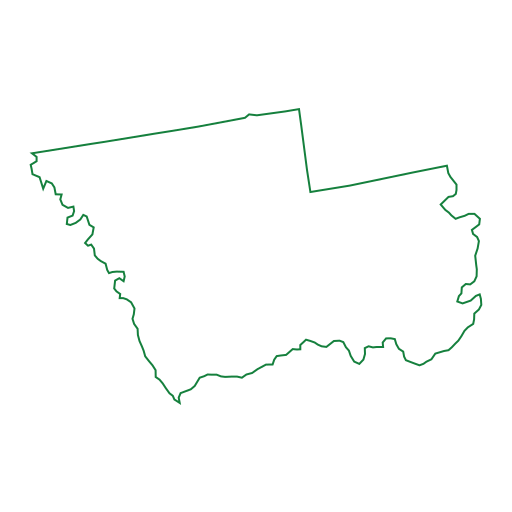 outline of Manoel Ribas, Paraná, Brazil
{"feature_id": "56859067B35408611048404", "entity_name": "Manoel Ribas", "entity_type": "district", "adm_level": 2, "iso_a3": "BRA", "parent_name": "Brazil", "parent_adm1": "Paraná", "projection": "natural_earth1", "projection_center": [-51.634, -24.495], "detail": "fine", "context": "isolated", "style": "outline", "palette": "green", "viewbox_px": 512, "rotation_deg": 0, "n_neighbors": 0, "source": "geoboundaries", "source_scale": "gbopen_adm2", "svg_char_len": 2609}
<svg xmlns="http://www.w3.org/2000/svg" viewBox="0 0 512 512"><path d="M32.0,153.3L36.6,156.9L36.6,161.2L30.7,164.8L31.6,168.8L32.5,174.2L39.6,177.2L43.2,188.7L46.4,181.0L51.8,183.4L54.4,187.4L55.7,194.3L61.6,194.5L60.3,199.4L62.5,204.8L68.0,207.9L73.4,206.6L74.1,211.1L72.6,215.6L67.5,217.6L66.8,224.0L70.3,225.0L75.7,222.9L80.3,219.5L83.3,214.9L86.7,216.5L89.4,224.8L93.7,227.4L92.4,234.4L88.0,239.3L85.1,243.0L88.0,245.7L91.2,244.6L94.0,248.6L94.8,255.4L97.6,258.7L100.8,261.1L105.6,263.7L107.2,269.9L109.0,273.1L112.4,272.0L116.7,271.6L123.6,271.8L124.7,276.5L123.6,281.2L119.3,278.2L115.1,280.6L114.2,288.5L116.5,291.4L120.2,294.0L119.7,298.1L123.1,298.1L126.7,299.3L131.1,302.3L134.5,308.5L133.8,314.3L132.5,318.8L134.1,323.9L137.6,328.8L137.9,335.0L139.5,341.0L142.0,346.6L143.6,350.6L145.2,356.3L148.8,360.9L152.5,365.3L155.6,370.2L155.7,377.0L159.5,379.6L162.7,383.4L165.7,388.0L169.5,393.3L172.8,395.8L174.4,399.5L179.7,402.9L178.7,397.6L180.6,393.1L190.8,389.3L194.7,386.0L199.7,377.7L204.2,376.2L207.6,374.5L212.2,374.7L216.7,374.7L221.0,376.4L225.2,376.9L231.6,376.6L237.1,376.6L241.9,377.7L246.4,374.5L252.1,373.0L257.6,369.1L266.0,364.6L272.6,364.5L274.2,359.7L276.7,356.1L280.7,355.5L286.1,354.9L292.7,349.1L297.0,349.5L300.3,349.3L300.3,345.0L303.4,342.2L306.0,339.7L310.2,340.9L314.7,342.5L317.8,344.6L321.6,346.3L326.4,346.9L333.9,341.0L339.6,340.7L343.3,342.1L345.9,347.2L348.9,350.6L350.7,355.9L354.2,361.6L359.3,363.9L363.4,359.6L365.0,354.0L364.8,348.1L368.6,346.3L372.9,347.4L376.6,347.0L383.1,347.0L382.7,342.5L386.1,338.4L390.7,338.3L394.8,339.1L396.3,344.2L398.9,348.8L403.2,351.6L404.1,356.6L405.9,360.2L410.3,361.9L414.8,363.6L419.5,365.3L423.5,363.8L426.4,361.7L431.4,359.3L435.3,353.6L444.0,351.0L448.5,350.2L451.8,347.3L455.4,343.5L458.3,340.7L461.3,336.3L464.5,330.8L467.9,327.3L473.2,323.9L474.1,319.4L474.3,313.6L478.9,309.5L481.3,304.9L480.9,298.9L479.7,294.4L475.9,295.9L470.7,300.6L462.6,303.4L457.3,301.5L458.9,296.1L461.4,293.4L461.8,287.4L465.8,284.0L470.2,284.4L474.3,281.3L476.6,276.3L476.8,269.3L476.2,264.9L475.2,255.7L477.6,248.5L478.9,241.1L477.1,237.0L473.1,234.0L471.9,229.9L476.2,226.7L479.2,224.4L479.9,218.8L474.5,213.9L468.6,213.9L464.7,215.8L459.6,217.3L455.6,218.8L451.4,215.4L448.9,212.6L445.3,209.9L440.7,204.5L448.5,196.9L453.0,196.2L455.8,193.9L456.5,190.0L456.5,184.6L450.4,176.9L448.3,173.1L446.9,165.7L412.8,172.5L349.8,185.6L310.4,192.0L307.0,169.9L301.3,126.0L299.0,109.1L285.4,111.4L256.9,115.3L249.1,114.4L245.0,117.8L198.2,126.6L170.2,131.2L153.7,133.8L102.9,142.1L90.4,144.0L32.0,153.3Z" fill="none" stroke="#15803d" stroke-width="2"/></svg>